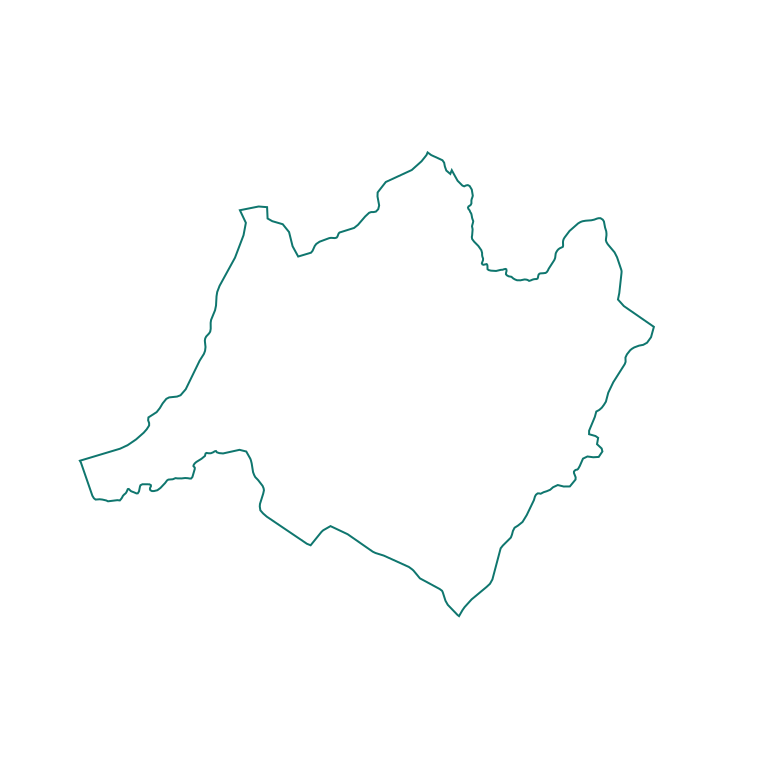 the Department of Dix-Huit Montagnes, rotated 35°
{"feature_id": "CIV-3441", "entity_name": "Dix-Huit Montagnes", "entity_type": "Department", "adm_level": 1, "iso_a3": "CIV", "parent_name": "Ivory Coast", "parent_adm1": "", "projection": "robinson", "projection_center": [-7.745, 7.377], "detail": "fine", "context": "isolated", "style": "outline", "palette": "teal", "viewbox_px": 768, "rotation_deg": 35, "n_neighbors": 0, "source": "natural_earth", "source_scale": "10m", "svg_char_len": 4869}
<svg xmlns="http://www.w3.org/2000/svg" viewBox="0 0 768 768"><g transform="rotate(35 384 384)"><path d="M317.8,173.9L316.9,170.0L322.3,172.7L327.7,175.3L334.4,176.5L336.3,176.1L337.3,174.3L338.6,173.0L340.6,172.7L344.4,174.4L348.6,178.7L348.7,178.8L348.8,179.0L349.3,180.4L349.7,182.0L350.3,183.5L352.0,185.9L352.3,187.3L352.0,188.7L351.4,190.0L351.6,191.3L352.6,192.1L354.6,192.7L356.1,193.7L357.6,194.3L358.8,195.3L360.9,197.4L362.2,198.4L363.7,199.4L364.4,201.0L365.0,202.7L365.6,204.3L367.8,206.4L368.6,207.7L371.0,211.8L371.6,213.2L373.1,214.7L376.1,215.7L382.1,216.8L387.0,218.6L389.2,220.4L390.4,222.1L391.6,223.3L393.2,224.4L394.1,225.8L394.9,229.0L396.0,229.6L397.1,229.3L399.3,226.9L400.4,227.3L401.3,228.3L402.2,229.6L403.0,230.6L404.5,230.6L406.6,229.8L411.0,227.1L414.2,223.5L415.7,222.3L416.6,221.0L417.6,220.0L418.4,219.9L419.5,221.0L420.1,222.7L420.9,224.1L422.2,224.5L424.3,224.3L426.9,223.1L429.4,223.4L431.5,223.2L433.5,222.7L436.3,220.8L439.1,217.8L440.4,217.0L441.9,216.4L443.7,216.3L444.9,214.8L445.8,213.3L446.8,212.1L447.7,211.3L448.7,210.6L449.3,209.6L449.0,208.4L448.4,207.1L447.9,205.7L448.1,204.4L449.1,203.3L450.6,202.2L452.7,200.3L453.2,198.6L453.1,196.8L452.8,195.1L452.4,184.8L452.1,183.4L451.8,182.4L449.9,178.8L449.7,178.2L449.5,177.0L449.4,175.2L449.6,173.5L450.2,171.9L451.5,169.7L451.8,169.1L451.6,168.5L451.2,167.7L449.5,165.5L448.7,164.2L448.1,162.5L447.9,160.5L448.2,152.2L450.9,141.1L451.9,138.9L452.5,137.9L453.3,136.8L455.4,134.7L460.0,130.9L462.0,128.7L463.7,126.2L464.8,125.0L466.3,124.0L468.9,123.9L470.9,124.7L475.3,129.0L478.4,131.4L479.9,133.1L481.0,134.7L482.5,137.6L483.3,139.0L484.9,140.2L487.2,141.2L497.3,143.9L502.2,146.5L512.8,154.3L513.9,155.3L514.8,156.7L524.6,174.6L527.2,180.6L535.8,182.6L572.3,182.4L575.9,192.5L575.8,199.3L573.9,203.2L570.9,206.3L568.0,210.5L566.9,213.0L566.3,215.1L566.0,220.4L566.6,223.8L569.2,227.3L569.8,229.6L570.8,251.1L572.7,262.5L575.9,271.2L576.1,274.9L576.0,278.5L575.2,281.8L573.7,284.8L575.6,290.1L578.8,304.6L580.8,307.5L587.1,305.3L590.3,305.3L593.0,311.1L599.3,312.0L601.6,314.0L601.7,320.6L597.4,324.0L592.2,326.7L589.8,331.0L591.4,338.9L591.7,342.2L591.4,343.3L590.7,343.9L590.1,344.8L589.8,346.7L590.6,347.9L594.5,350.5L595.7,352.4L595.0,361.3L590.0,364.9L584.3,367.1L581.7,371.6L580.8,375.3L578.8,378.5L576.8,381.1L575.3,384.0L573.9,384.6L572.6,385.5L572.0,387.5L572.2,389.6L573.4,393.1L576.1,409.5L576.6,417.6L574.9,423.3L573.4,426.8L573.9,430.4L575.2,433.9L576.0,437.0L574.0,448.2L573.8,451.7L584.9,481.9L585.4,486.9L584.4,491.5L579.3,510.2L578.0,520.6L578.0,524.3L578.6,531.1L576.6,531.0L562.9,528.3L558.7,526.3L551.6,520.9L550.2,520.1L547.2,520.0L524.9,522.6L515.1,519.9L513.4,519.7L509.4,519.6L482.2,524.7L474.0,527.3L471.0,527.8L440.4,527.9L421.7,531.1L418.1,538.7L417.6,541.0L416.4,558.2L412.5,559.1L364.1,559.9L359.3,559.4L355.2,558.4L352.5,555.6L351.2,553.4L347.9,543.0L346.6,539.9L345.2,538.5L343.0,537.1L336.0,534.9L331.9,534.1L329.8,533.0L327.3,531.3L321.1,524.9L318.8,522.9L317.4,521.9L309.9,518.3L303.4,520.8L292.0,533.2L288.7,535.1L286.3,535.8L284.8,535.3L283.9,536.3L283.2,538.0L281.9,540.0L280.3,541.2L278.1,542.3L277.7,543.3L278.6,545.6L277.4,549.9L275.0,555.5L274.5,557.6L274.5,559.2L274.9,560.5L275.9,560.8L276.9,561.0L277.7,562.1L280.4,570.1L280.2,572.1L279.0,572.9L277.3,573.7L275.0,575.1L272.3,577.5L268.9,579.8L267.2,580.7L265.6,583.2L262.2,586.0L261.6,587.4L261.5,590.7L260.5,597.4L259.3,601.0L257.0,603.6L255.3,604.8L253.6,605.0L252.5,604.3L251.9,603.0L251.8,601.6L251.1,600.6L249.4,600.7L243.6,604.7L242.6,606.6L242.9,607.9L244.9,612.5L245.0,614.8L244.0,615.6L241.0,616.2L239.6,616.6L238.1,616.9L235.1,616.4L234.4,617.1L235.0,619.8L235.1,621.6L234.5,623.8L234.3,625.6L234.6,627.3L234.6,628.9L234.4,630.9L232.2,632.1L225.2,638.4L223.3,638.7L219.6,640.2L217.2,641.5L214.0,644.1L211.9,644.0L209.2,642.8L180.8,622.2L178.9,621.3L204.9,588.4L209.1,581.1L212.7,571.6L215.1,561.7L215.6,557.1L215.4,552.7L214.0,550.7L211.6,549.0L210.2,546.5L213.9,537.4L214.2,532.3L213.8,526.9L214.2,521.0L215.7,518.2L221.7,513.0L223.8,509.9L224.6,502.0L219.6,470.6L219.2,462.6L218.4,459.5L216.6,456.1L212.4,451.3L211.4,449.2L211.1,447.1L211.7,442.9L211.6,440.8L210.4,438.2L206.9,433.3L205.6,430.7L203.3,420.5L201.4,416.1L196.5,408.2L194.6,404.3L193.0,397.9L189.5,366.0L183.6,342.7L178.4,331.2L166.3,324.3L179.5,310.5L186.8,306.2L193.7,315.2L199.1,314.7L209.4,311.2L219.1,314.0L230.1,323.6L240.6,328.8L248.9,318.3L249.1,315.9L248.1,310.6L248.2,308.1L249.6,304.4L255.4,296.0L256.7,294.7L260.0,292.7L261.2,291.3L261.3,290.0L260.5,286.7L260.7,285.4L270.0,273.3L271.4,268.5L272.5,257.6L273.6,252.3L274.9,250.5L276.8,249.2L278.5,247.4L279.0,244.1L277.6,240.5L271.1,234.1L268.9,230.7L269.6,217.5L284.0,192.8L287.0,180.0L287.5,172.1L286.9,169.3L291.4,169.4L303.5,167.2L306.3,168.2L309.1,170.9L312.6,173.4L317.8,173.9Z" fill="none" stroke="#0f766e" stroke-width="2"/></g></svg>